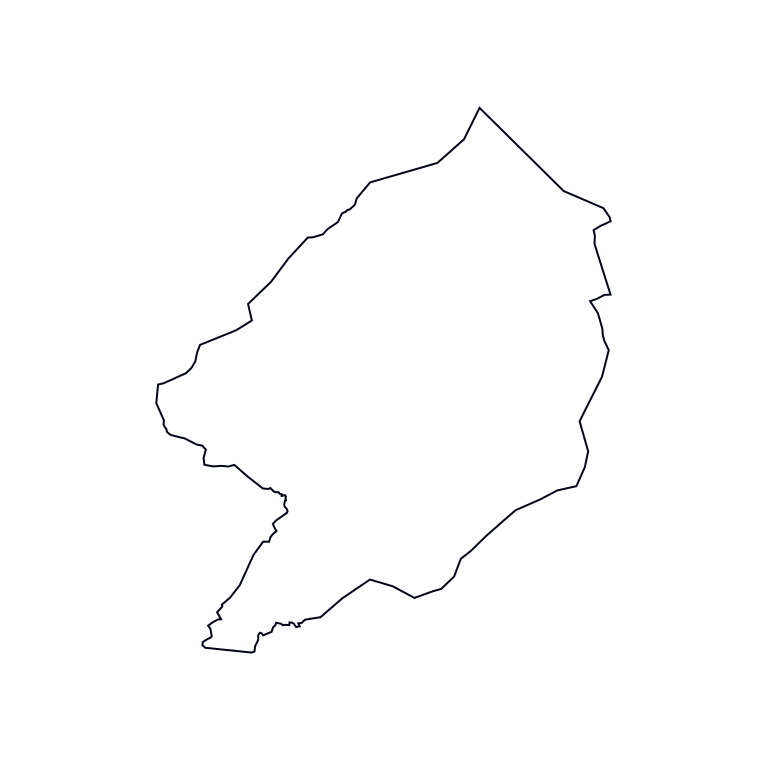 Awka North, Anambra, Nigeria (Robinson projection), rotated 65°
{"feature_id": "59680162B18488232241930", "entity_name": "Awka North", "entity_type": "district", "adm_level": 2, "iso_a3": "NGA", "parent_name": "Nigeria", "parent_adm1": "Anambra", "projection": "robinson", "projection_center": [7.078, 6.331], "detail": "fine", "context": "isolated", "style": "outline", "palette": "ink", "viewbox_px": 768, "rotation_deg": 65, "n_neighbors": 0, "source": "geoboundaries", "source_scale": "gbopen_adm2", "svg_char_len": 2385}
<svg xmlns="http://www.w3.org/2000/svg" viewBox="0 0 768 768"><g transform="rotate(65 384 384)"><path d="M590.9,446.7L590.8,446.0L592.5,427.1L593.9,418.8L588.2,401.9L574.9,388.3L572.0,375.9L565.0,355.9L559.2,336.3L554.0,318.1L554.6,291.2L553.7,271.9L557.9,252.8L544.2,237.1L531.3,227.4L500.5,222.5L497.5,218.8L469.5,183.3L448.3,166.0L438.0,166.1L431.6,164.9L426.4,162.8L410.4,160.2L396.1,162.2L396.8,154.7L396.4,146.6L398.7,140.9L357.2,135.5L346.0,134.0L338.7,130.2L333.1,129.0L332.2,120.9L332.3,109.9L328.3,109.0L317.4,110.8L285.1,139.6L235.2,158.1L174.1,180.7L196.0,208.0L206.2,242.1L195.4,311.3L204.2,330.2L209.1,334.6L210.1,337.2L210.4,338.8L210.7,339.5L210.9,339.8L211.2,341.5L211.2,342.6L210.9,343.0L210.8,343.8L211.1,344.4L211.2,344.7L211.7,345.8L211.6,349.9L217.7,357.3L219.8,369.7L222.5,376.1L221.1,386.1L219.1,391.3L229.9,417.7L243.7,443.3L254.0,473.4L270.6,476.9L271.1,481.2L272.8,495.3L270.8,534.2L276.3,539.9L283.9,545.6L287.8,551.4L289.1,554.6L290.5,558.8L290.2,583.5L289.0,589.0L305.2,598.5L323.7,598.8L324.4,598.9L325.5,599.8L327.5,600.9L330.4,600.9L333.0,600.3L335.7,601.0L339.8,599.0L343.5,594.7L349.1,587.6L359.6,579.5L363.1,574.7L368.2,573.2L374.8,578.8L381.3,580.9L386.4,573.8L389.6,565.7L393.0,560.0L394.1,553.8L410.5,546.6L427.5,537.9L430.1,533.5L430.4,530.8L432.1,530.4L433.5,529.6L434.4,529.6L436.0,528.4L436.8,526.9L437.1,525.7L437.9,525.1L439.4,525.0L440.4,523.5L440.8,523.2L441.2,523.7L442.1,524.1L442.4,523.3L442.5,522.7L442.7,520.8L444.3,520.4L444.9,521.1L445.4,521.2L446.9,521.8L448.1,522.1L447.9,523.1L448.3,523.3L450.7,525.2L452.8,525.9L456.0,525.0L458.2,525.0L459.7,526.3L462.0,539.3L463.8,543.8L468.1,544.0L470.0,543.8L471.8,543.6L473.2,548.5L474.8,551.6L476.5,553.0L478.4,554.9L475.8,560.1L483.6,574.3L505.4,599.8L512.6,613.9L515.5,624.3L517.4,624.6L520.3,631.7L528.3,631.1L527.2,634.1L527.6,640.2L528.7,645.5L532.5,644.8L539.7,646.7L540.5,647.8L540.7,652.8L541.3,657.3L543.9,659.0L547.5,657.5L571.5,617.4L571.7,614.4L567.2,611.7L563.0,606.4L562.7,606.1L558.6,604.3L557.0,601.6L558.5,600.1L560.7,599.9L560.9,595.9L561.1,590.6L557.7,587.5L556.7,584.4L554.8,582.6L557.8,578.6L559.8,577.7L560.7,574.9L562.4,571.9L562.5,571.7L560.2,570.4L561.1,568.6L562.9,567.1L567.1,566.3L568.0,562.8L564.7,562.8L565.8,559.7L564.2,555.3L568.5,540.1L560.6,512.3L555.3,479.4L561.0,472.9L571.1,461.5L590.9,446.7Z" fill="none" stroke="#020617" stroke-width="2"/></g></svg>